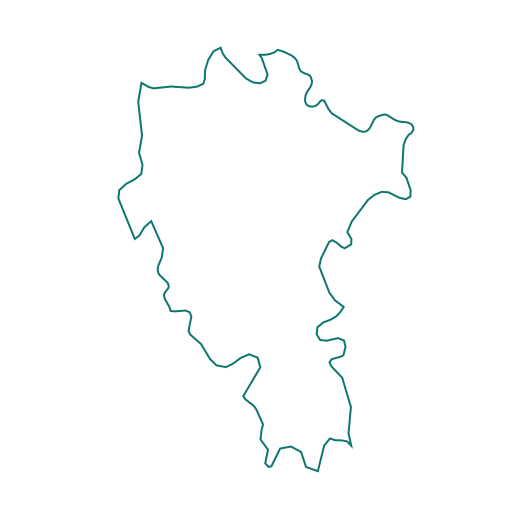 the border of Tarn-et-Garonne, rotated 98°
{"feature_id": "FRA-5347", "entity_name": "Tarn-et-Garonne", "entity_type": "Metropolitan department", "adm_level": 1, "iso_a3": "FRA", "parent_name": "France", "parent_adm1": "", "projection": "orthographic", "projection_center": [1.243, 44.083], "detail": "fine", "context": "isolated", "style": "outline", "palette": "teal", "viewbox_px": 512, "rotation_deg": 98, "n_neighbors": 0, "source": "natural_earth", "source_scale": "10m", "svg_char_len": 2350}
<svg xmlns="http://www.w3.org/2000/svg" viewBox="0 0 512 512"><g transform="rotate(98 256 256)"><path d="M463.2,214.1L460.0,218.0L446.1,217.2L437.0,226.0L428.1,226.3L421.8,225.6L407.9,234.3L404.7,237.3L399.5,246.5L396.6,249.1L365.7,236.3L356.5,240.1L354.3,249.1L358.9,256.8L365.7,263.7L370.2,270.3L369.8,279.9L364.3,287.3L350.8,298.2L342.9,310.3L339.4,312.4L324.8,311.6L320.9,313.9L319.8,318.2L322.1,328.5L322.3,332.9L318.4,334.7L311.1,340.4L307.3,341.7L304.9,341.2L300.4,338.5L298.2,338.1L294.9,339.7L287.7,349.6L283.5,351.5L279.2,351.4L270.5,349.1L261.1,349.1L236.1,364.6L243.1,370.6L252.1,374.4L256.0,378.4L218.2,400.3L209.9,400.6L202.5,394.5L196.9,386.7L190.7,381.0L181.4,381.1L170.2,386.2L152.7,385.6L119.6,394.1L100.5,393.5L103.6,385.8L104.2,380.6L100.0,363.7L98.7,345.7L96.5,337.9L92.8,332.2L87.7,331.3L79.4,332.3L68.7,330.7L59.1,326.5L54.7,320.0L59.3,317.6L63.5,314.2L81.5,290.7L84.5,283.2L84.4,276.0L81.1,271.0L74.7,269.8L58.8,278.0L56.3,280.6L55.5,275.0L53.9,270.1L51.8,266.2L48.8,263.1L49.7,257.8L50.4,255.1L52.6,248.4L54.5,245.2L57.0,242.6L64.2,239.3L66.9,237.3L68.3,233.6L68.8,230.8L69.7,228.1L71.2,226.6L74.9,224.9L78.1,224.8L81.2,225.7L86.9,228.5L90.0,229.2L93.0,229.3L96.0,228.9L98.6,227.4L100.2,224.8L100.3,220.9L99.1,217.9L96.8,215.6L94.1,214.1L92.5,212.5L92.7,210.1L100.5,204.6L104.2,200.8L116.8,173.4L117.9,170.3L118.1,167.2L117.3,164.3L115.2,162.2L112.6,160.8L104.1,157.9L101.8,156.2L100.3,153.9L97.9,148.6L98.3,145.5L101.5,138.4L102.5,135.3L102.9,132.4L102.9,129.3L102.6,126.3L102.9,123.2L104.0,120.3L106.3,118.3L109.3,117.7L112.7,119.3L114.8,121.7L119.1,123.9L125.7,125.3L153.1,123.0L157.4,118.1L157.5,118.1L157.5,117.9L169.5,112.0L175.7,111.4L178.9,115.6L178.4,122.2L174.5,133.6L175.0,140.4L178.9,147.2L184.9,152.9L208.4,165.9L219.6,168.9L225.9,163.9L231.2,163.3L236.0,169.3L234.9,172.8L231.7,177.8L229.7,182.6L232.0,185.6L249.4,191.3L257.7,191.9L282.0,178.3L289.0,171.6L294.2,162.1L300.0,164.8L304.5,168.1L308.4,172.8L312.3,180.0L318.1,185.3L325.2,185.0L330.3,180.7L330.0,174.1L325.9,163.3L327.5,157.1L333.4,154.7L342.0,155.6L343.8,157.9L347.6,166.6L351.0,168.4L354.4,166.4L364.7,153.6L392.3,141.0L418.6,139.7L430.6,135.3L426.9,140.1L426.7,145.8L427.4,151.8L426.4,157.4L434.2,162.1L460.5,164.8L457.9,177.1L443.8,184.1L439.8,194.8L443.3,205.3L462.1,211.5L463.2,214.1Z" fill="none" stroke="#0f766e" stroke-width="2"/></g></svg>